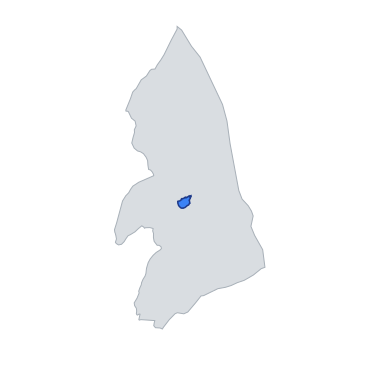 location of Tukpahblee, Bong, Liberia, rotated 209°
{"feature_id": "62588387B55119976119769", "entity_name": "Tukpahblee", "entity_type": "district", "adm_level": 2, "iso_a3": "LBR", "parent_name": "Liberia", "parent_adm1": "Bong", "projection": "equal_earth", "projection_center": [-9.416, 6.618], "detail": "fine", "context": "in_parent", "style": "filled", "palette": "blue", "viewbox_px": 384, "rotation_deg": 209, "n_neighbors": 0, "source": "geoboundaries", "source_scale": "gbopen_adm2", "svg_char_len": 3327}
<svg xmlns="http://www.w3.org/2000/svg" viewBox="0 0 384 384"><g transform="rotate(209 192 192)"><path d="M91.7,161.5L94.3,158.5L98.1,149.1L103.5,140.1L108.4,134.7L112.4,129.2L116.5,124.9L122.5,120.0L131.6,107.0L133.7,105.5L135.2,96.5L137.5,85.0L140.1,81.5L146.3,79.3L147.8,77.3L150.0,69.3L151.4,59.9L151.5,57.8L154.0,57.6L158.2,55.6L160.6,56.5L161.6,59.2L162.2,61.5L174.8,55.6L176.0,54.4L176.6,54.6L178.2,59.9L179.1,59.6L179.9,58.0L180.7,57.9L181.7,58.6L182.7,61.1L184.3,63.3L187.1,64.8L188.8,67.0L188.6,72.6L189.3,78.1L190.5,79.4L191.1,82.7L191.4,86.3L192.1,88.1L192.5,91.8L192.3,95.7L192.8,98.4L194.8,103.2L196.1,109.1L196.1,113.3L195.3,117.8L194.0,121.8L191.6,126.3L191.4,128.0L192.8,129.2L195.0,129.4L196.7,128.5L201.2,130.5L203.6,133.4L205.6,137.1L207.5,138.9L208.3,141.2L211.5,140.5L215.2,138.3L216.0,137.3L217.1,137.9L219.5,138.1L221.1,134.1L222.5,129.6L225.3,124.7L226.7,122.8L227.1,119.6L227.3,115.6L228.3,112.1L230.6,110.1L233.2,110.2L234.6,110.9L235.3,114.3L237.4,116.9L239.1,118.7L240.0,119.4L241.5,121.4L242.9,128.3L248.4,150.5L248.1,156.6L247.0,160.6L247.0,164.5L246.6,168.4L243.3,174.7L233.4,187.7L234.2,188.8L236.6,190.3L239.0,191.1L240.9,190.7L243.4,193.9L246.1,198.0L248.9,200.1L253.0,202.0L256.5,202.2L259.5,201.5L263.8,202.3L268.4,205.6L270.0,211.2L271.1,216.1L272.6,218.5L272.9,222.7L276.1,226.4L280.7,227.2L286.7,231.5L288.2,231.2L288.8,230.7L289.6,231.5L291.1,244.0L292.3,250.6L291.7,253.3L290.9,255.4L290.8,265.5L288.1,271.3L287.7,277.7L286.9,279.7L284.0,281.6L284.0,286.5L283.3,292.4L283.0,298.6L283.8,315.0L284.0,327.3L285.3,329.6L279.6,328.6L263.1,319.2L250.3,313.9L207.7,283.3L195.8,271.0L182.1,252.7L151.8,216.0L144.8,210.1L136.1,207.2L130.7,204.1L126.9,200.7L123.8,190.5L116.2,184.4L102.2,175.8L91.7,161.5Z" fill="#d9dde1" stroke="#a8b0b8" stroke-width="1"/><path d="M198.9,175.3L198.8,175.2L198.3,174.8L197.7,174.1L197.2,173.8L196.8,173.5L196.6,173.4L196.2,173.3L195.0,172.9L193.8,172.7L193.5,172.8L193.1,172.9L192.4,173.3L192.0,173.7L191.9,173.7L191.9,173.8L191.6,173.9L191.3,174.3L190.7,174.9L190.4,175.6L190.3,175.8L190.0,176.6L189.7,177.2L189.7,177.4L189.7,177.8L189.4,178.1L189.3,178.3L189.2,178.4L188.9,178.7L188.8,178.8L188.6,179.5L188.7,180.0L188.7,180.5L188.6,181.0L188.4,181.3L189.0,181.8L189.3,182.1L189.8,183.0L190.1,183.2L190.5,183.4L190.5,183.8L190.5,184.3L190.5,184.5L190.4,185.4L190.5,185.8L190.7,186.0L190.7,186.5L191.1,186.4L191.3,186.6L191.2,186.9L191.0,187.2L190.9,187.3L190.6,187.4L190.6,187.6L190.7,187.9L190.8,188.0L191.0,188.2L191.1,187.9L191.2,187.5L191.3,187.4L191.5,187.3L191.6,187.5L191.8,187.7L191.9,187.8L192.0,187.8L192.1,187.7L192.1,187.3L192.0,187.1L192.0,186.8L192.1,186.7L192.3,186.8L192.5,187.0L192.9,186.8L192.9,186.7L193.0,186.3L193.2,186.1L193.3,185.9L193.4,185.7L193.4,185.4L193.8,184.9L194.2,184.3L194.4,184.0L194.5,184.1L194.6,184.5L194.8,184.6L195.0,184.5L195.1,184.4L195.4,184.0L195.6,183.8L195.7,183.7L195.9,183.3L195.9,183.2L196.0,183.0L195.9,182.7L196.0,182.5L196.1,182.4L196.3,182.2L196.7,182.0L196.8,181.8L196.9,181.7L197.0,181.6L197.3,181.4L197.7,181.3L197.8,181.1L197.8,180.9L197.9,180.7L197.7,180.4L197.4,180.2L197.6,179.9L197.9,179.4L198.1,179.2L198.1,178.8L198.3,178.5L198.3,178.3L198.7,177.9L199.3,177.6L199.9,177.0L199.9,176.8L199.7,176.5L199.3,176.2L199.2,175.6L198.9,175.3Z" fill="#3b82f6" stroke="#1e3a8a" stroke-width="1.5"/></g></svg>